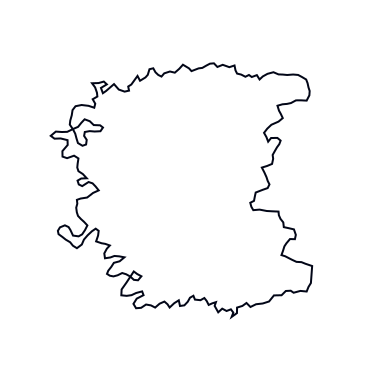 the district of Ajuricaba, Rio Grande do Sul, Brazil, rotated 75°
{"feature_id": "56859067B1227698309076", "entity_name": "Ajuricaba", "entity_type": "district", "adm_level": 2, "iso_a3": "BRA", "parent_name": "Brazil", "parent_adm1": "Rio Grande do Sul", "projection": "robinson", "projection_center": [-53.739, -28.208], "detail": "fine", "context": "isolated", "style": "outline", "palette": "ink", "viewbox_px": 384, "rotation_deg": 75, "n_neighbors": 0, "source": "geoboundaries", "source_scale": "gbopen_adm2", "svg_char_len": 3704}
<svg xmlns="http://www.w3.org/2000/svg" viewBox="0 0 384 384"><g transform="rotate(75 192 192)"><path d="M317.8,107.0L313.8,104.0L310.7,100.7L294.6,95.1L290.6,101.1L288.1,104.4L286.5,109.2L283.2,113.1L278.2,118.6L276.1,121.9L272.5,119.4L268.4,116.8L266.0,114.1L262.8,109.5L264.2,104.8L260.3,102.8L254.5,103.2L252.0,107.9L249.7,112.4L245.0,111.7L240.8,113.5L236.9,114.1L233.3,113.5L231.6,118.9L229.7,124.7L226.5,131.3L225.4,137.5L221.6,138.5L217.5,138.5L216.6,134.4L212.9,132.6L209.0,130.6L208.2,123.2L207.8,117.9L204.7,115.2L200.9,116.0L197.0,116.2L192.0,117.0L186.5,118.2L186.3,112.7L185.6,107.4L180.9,105.0L177.1,104.5L174.2,101.7L170.8,98.3L168.4,95.3L165.3,93.1L161.9,95.5L160.3,101.6L163.1,105.4L158.2,105.9L153.5,107.1L150.3,102.9L147.6,97.9L146.4,90.2L144.1,85.2L139.6,86.0L136.0,86.9L130.8,87.1L130.7,81.9L131.5,77.4L131.7,73.4L130.4,67.9L131.5,63.5L133.4,57.6L129.0,53.6L124.9,52.2L121.2,52.4L116.8,52.2L112.9,52.6L109.3,56.1L106.4,59.2L104.7,63.9L103.6,69.8L102.0,74.1L100.8,78.0L97.4,82.3L97.4,88.5L98.7,93.7L100.8,97.6L95.9,99.1L96.4,104.5L93.7,106.7L94.5,110.6L91.3,114.1L89.3,117.8L85.8,118.5L80.8,118.2L81.1,123.6L77.1,129.4L77.8,135.1L73.4,137.5L72.7,141.4L73.6,145.4L74.8,149.9L74.3,153.6L75.1,161.2L71.8,162.9L66.7,167.8L69.7,172.4L72.3,177.7L69.9,182.1L70.2,188.1L72.6,191.6L70.2,194.3L66.9,196.3L62.5,197.4L62.4,201.3L67.4,204.4L69.3,207.3L71.1,213.4L65.8,214.6L72.5,222.8L73.6,226.3L77.8,226.6L77.6,231.1L74.1,236.2L67.6,239.4L72.2,248.9L73.5,252.5L67.9,253.0L66.0,246.4L62.5,248.6L62.6,254.0L61.1,260.4L65.9,258.5L71.5,258.1L75.3,258.7L76.7,263.9L81.7,262.6L85.3,264.6L82.0,269.6L79.4,276.1L79.0,282.3L82.0,286.2L86.8,288.3L91.5,291.1L95.3,292.6L100.4,290.8L101.6,296.9L100.4,302.1L98.4,307.9L101.2,313.9L104.9,311.0L106.3,305.0L109.7,298.8L114.4,299.9L117.0,303.7L119.0,306.6L124.3,307.9L127.0,303.9L126.4,296.5L130.2,293.0L135.0,295.1L138.7,296.5L142.5,296.3L146.4,292.8L151.5,290.1L150.3,295.5L151.4,299.6L155.4,299.4L157.9,296.5L155.6,289.3L157.9,285.8L161.7,283.7L166.3,281.7L167.3,287.8L170.2,294.7L169.5,301.3L169.8,305.2L173.6,305.8L177.2,307.9L181.8,308.5L185.6,308.3L189.5,306.2L192.9,304.0L197.2,301.7L201.1,305.2L204.5,309.1L205.5,313.0L203.3,318.2L197.1,319.3L193.9,320.3L191.3,323.4L192.0,328.7L194.8,331.6L198.2,331.8L201.9,328.8L205.3,326.3L209.0,322.7L213.1,320.9L216.5,317.7L214.2,312.0L210.0,308.7L206.8,304.0L204.0,298.8L202.5,294.5L205.4,292.2L209.8,294.0L214.9,297.4L218.1,292.6L219.6,289.3L222.4,285.2L224.7,288.9L228.6,292.6L233.5,293.2L234.1,287.7L233.7,283.5L235.3,279.0L237.6,274.2L240.2,279.8L240.2,285.8L243.4,289.3L246.3,293.2L249.1,295.3L251.6,293.0L253.2,289.7L253.2,285.4L252.2,280.4L254.4,276.9L257.8,273.4L262.6,278.8L267.9,285.2L273.5,287.0L275.4,282.0L276.0,277.1L275.1,272.1L275.1,265.9L279.1,265.5L280.7,273.0L284.9,277.5L289.8,276.1L290.7,271.1L288.8,265.5L290.9,261.0L294.1,257.5L291.5,252.2L290.7,247.0L294.1,244.7L297.8,243.5L294.8,237.9L293.2,232.8L299.0,233.1L299.5,228.7L296.9,224.5L293.6,221.3L292.6,217.5L296.7,217.0L298.7,211.8L297.6,207.5L301.1,206.0L305.4,205.1L304.8,201.3L304.6,197.4L307.9,199.6L315.0,197.8L312.5,193.0L315.9,189.4L315.4,184.8L319.2,183.3L322.9,186.0L320.6,179.9L315.3,178.4L315.1,172.8L313.3,168.1L318.2,165.3L317.0,159.2L318.0,152.5L317.7,145.9L313.1,139.6L314.9,132.2L311.9,127.0L312.9,122.2L315.6,119.9L315.6,112.9L317.8,107.0ZM100.4,290.8L99.6,285.2L96.6,281.1L94.0,276.9L97.2,272.4L101.9,269.6L103.8,263.5L106.7,261.3L109.6,264.7L108.4,270.3L106.7,275.1L106.3,280.0L109.9,281.7L114.4,280.2L118.7,282.0L119.0,285.8L115.2,289.5L110.4,289.7L105.4,289.7L100.4,290.8ZM257.8,273.4L253.7,268.8L257.0,266.2L260.3,262.7L263.3,267.0L261.8,270.9L257.8,273.4Z" fill="none" stroke="#020617" stroke-width="2"/></g></svg>